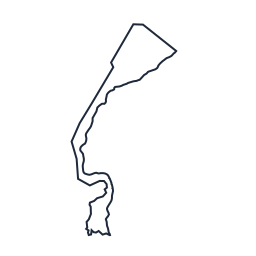 the district of Khazarasp, Khorezm, Uzbekistan, rotated 255°
{"feature_id": "79887680B22974802062613", "entity_name": "Khazarasp", "entity_type": "district", "adm_level": 2, "iso_a3": "UZB", "parent_name": "Uzbekistan", "parent_adm1": "Khorezm", "projection": "natural_earth1", "projection_center": [61.541, 40.963], "detail": "fine", "context": "isolated", "style": "outline", "palette": "slate", "viewbox_px": 256, "rotation_deg": 255, "n_neighbors": 0, "source": "geoboundaries", "source_scale": "gbopen_adm2", "svg_char_len": 2008}
<svg xmlns="http://www.w3.org/2000/svg" viewBox="0 0 256 256"><g transform="rotate(255 128 128)"><path d="M195.6,128.6L190.5,129.5L161.3,99.5L145.2,82.6L129.5,70.0L111.5,70.4L91.8,66.6L82.4,76.3L84.2,86.9L83.0,91.1L79.3,92.8L75.9,92.2L74.8,89.6L71.1,90.2L68.4,86.0L68.2,80.0L66.3,76.4L65.8,71.9L63.8,71.0L61.6,71.6L54.5,69.9L49.9,66.5L48.0,63.7L42.5,62.9L41.4,61.5L39.3,63.4L37.5,62.3L34.8,62.4L34.7,64.8L38.7,66.4L36.3,67.8L35.3,70.0L36.1,73.0L31.6,75.9L31.8,79.6L29.2,82.7L29.2,82.9L30.5,82.9L31.3,82.6L31.5,82.5L31.7,82.4L32.7,82.4L35.9,82.7L38.7,82.5L39.6,82.5L42.8,83.1L45.7,83.0L46.5,83.9L47.2,84.7L47.3,84.9L47.8,85.7L49.4,87.2L51.3,87.2L53.1,86.8L53.4,86.8L55.2,86.7L56.1,87.1L57.0,87.9L57.8,88.7L58.0,88.9L58.2,89.1L60.8,91.9L62.2,93.2L63.1,93.7L64.0,94.2L66.7,95.0L71.0,97.2L73.0,97.6L73.8,97.3L74.4,97.7L77.5,97.8L78.2,97.5L79.1,97.8L83.9,97.3L84.3,96.9L85.0,97.0L87.3,96.5L88.7,95.6L89.7,94.5L90.3,93.5L90.9,92.1L91.4,90.3L91.7,87.8L92.1,87.1L93.0,85.7L93.1,84.0L92.7,80.4L92.8,78.5L93.8,76.6L95.2,74.5L96.5,73.7L98.0,73.6L103.0,74.4L104.7,75.1L107.6,76.8L109.7,77.4L114.8,77.8L118.5,76.2L119.8,76.3L121.4,77.1L122.2,78.0L123.3,79.9L124.1,82.5L125.3,83.5L126.7,84.4L128.6,85.1L132.2,85.4L133.6,86.2L136.7,89.7L138.0,91.4L139.4,92.8L142.5,94.8L143.6,95.5L146.8,96.4L152.2,101.8L155.7,103.7L157.0,106.1L158.1,108.9L157.9,110.3L157.5,111.5L157.9,112.2L158.4,113.0L159.7,113.7L161.3,114.0L164.5,115.7L165.5,116.1L166.7,117.3L167.6,118.7L168.5,120.9L168.4,122.6L168.9,124.6L170.4,125.2L171.0,126.2L170.8,127.5L170.3,130.7L170.5,133.2L170.9,134.6L170.9,135.7L171.1,138.4L171.5,139.7L171.7,145.1L171.5,147.1L171.3,148.3L171.6,150.9L171.5,151.6L172.4,153.2L175.0,157.2L175.8,160.0L177.1,162.0L177.6,169.6L178.4,171.8L179.8,173.1L180.4,173.4L181.9,175.5L182.3,176.2L183.6,178.7L184.5,181.0L184.7,181.4L185.5,183.3L185.8,186.2L186.2,187.9L186.5,188.8L188.3,191.6L188.5,192.4L189.4,193.8L189.5,194.0L189.9,194.5L224.0,169.2L226.8,160.0L195.6,128.6Z" fill="none" stroke="#1e293b" stroke-width="2"/></g></svg>